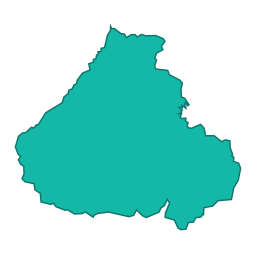 the district of Thung Chang, Nan, Thailand
{"feature_id": "78962969B15263035639364", "entity_name": "Thung Chang", "entity_type": "district", "adm_level": 2, "iso_a3": "THA", "parent_name": "Thailand", "parent_adm1": "Nan", "projection": "orthographic", "projection_center": [100.958, 19.488], "detail": "medium", "context": "isolated", "style": "filled", "palette": "teal", "viewbox_px": 256, "rotation_deg": 0, "n_neighbors": 0, "source": "geoboundaries", "source_scale": "gbopen_adm2", "svg_char_len": 1833}
<svg xmlns="http://www.w3.org/2000/svg" viewBox="0 0 256 256"><path d="M163.2,38.7L155.8,35.6L146.0,35.8L141.2,34.5L137.3,37.0L135.0,34.6L131.3,34.7L126.4,37.5L124.2,33.9L121.2,33.8L114.2,28.5L111.8,28.7L110.6,26.4L110.4,30.5L107.4,35.4L104.6,47.6L101.0,48.4L101.3,51.5L98.0,51.8L98.7,53.6L96.6,55.1L95.9,58.8L93.4,59.4L93.7,62.1L88.8,63.8L90.1,69.9L82.5,73.1L77.3,80.2L76.4,83.9L74.0,85.0L72.1,89.0L69.0,90.1L68.0,93.7L63.9,97.0L62.3,102.7L45.7,112.8L38.5,124.4L36.2,125.0L33.7,128.1L31.4,127.3L25.8,132.6L22.5,133.0L18.5,136.3L15.4,147.0L18.2,154.2L20.6,156.5L18.4,159.7L20.6,164.2L23.7,166.3L24.1,173.7L22.0,178.6L24.8,181.7L34.1,183.7L35.0,189.9L40.3,193.4L41.1,202.0L50.9,204.4L53.4,203.2L56.0,206.7L65.4,210.3L67.4,209.7L74.5,214.0L82.6,213.5L85.1,211.9L93.2,217.2L93.8,215.4L97.7,213.4L108.5,212.0L129.1,216.7L133.6,215.3L136.6,209.9L142.6,215.8L146.3,217.5L159.0,212.1L161.2,207.7L164.3,205.8L167.3,199.2L169.6,203.1L165.5,212.8L165.1,217.3L174.4,220.1L178.3,228.3L180.9,229.6L185.8,229.2L188.5,222.5L193.3,222.1L196.0,217.7L201.1,216.9L202.7,214.1L203.5,214.6L203.9,207.6L212.6,206.1L218.0,200.7L231.4,199.5L233.8,187.7L238.2,180.3L240.6,168.4L238.6,163.1L233.5,161.4L233.8,157.2L231.9,156.1L232.6,154.3L230.1,147.5L229.9,140.8L225.6,139.9L221.4,141.6L214.1,135.7L205.6,135.8L204.1,128.2L200.5,124.4L191.8,128.2L188.8,128.0L186.9,125.8L188.1,122.9L185.4,120.7L185.9,118.2L181.7,118.6L180.1,116.9L181.2,114.4L178.8,113.7L181.5,112.9L180.7,111.8L182.3,110.3L179.0,107.4L181.8,107.1L182.4,108.7L182.0,105.5L185.7,108.1L184.5,104.8L185.4,102.6L186.0,104.1L187.4,103.9L187.1,105.7L189.0,104.8L184.7,98.3L181.4,97.1L180.9,89.3L182.4,83.3L180.0,80.3L169.4,74.7L167.6,70.4L155.7,69.0L154.6,65.9L156.5,60.0L154.8,58.2L156.5,53.1L162.9,49.7L161.4,46.5L164.9,41.3L163.2,38.7Z" fill="#14b8a6" stroke="#0f766e" stroke-width="1.5"/></svg>